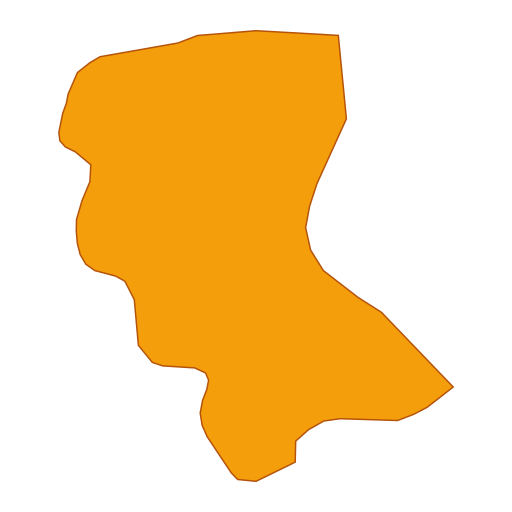 the Province of Hưng Yên
{"feature_id": "VNM-461", "entity_name": "Hưng Yên", "entity_type": "Province", "adm_level": 1, "iso_a3": "VNM", "parent_name": "Vietnam", "parent_adm1": "", "projection": "orthographic", "projection_center": [106.031, 20.808], "detail": "fine", "context": "isolated", "style": "filled", "palette": "amber", "viewbox_px": 512, "rotation_deg": 0, "n_neighbors": 0, "source": "natural_earth", "source_scale": "10m", "svg_char_len": 814}
<svg xmlns="http://www.w3.org/2000/svg" viewBox="0 0 512 512"><path d="M453.2,387.0L427.1,407.3L414.1,414.1L397.7,420.5L340.1,418.7L323.8,421.0L308.6,429.6L295.7,441.1L295.2,462.1L256.1,481.3L237.7,479.5L231.3,472.9L207.1,436.6L202.1,425.2L200.2,413.0L202.6,400.3L206.8,389.4L208.6,380.2L205.6,373.0L194.7,367.9L180.5,367.0L162.7,365.9L152.3,362.4L138.4,345.4L134.3,299.7L124.9,281.2L115.6,276.1L94.9,270.6L85.9,264.3L80.2,254.6L77.3,243.2L76.3,231.1L76.5,219.6L82.0,200.7L89.9,181.7L90.8,164.8L75.4,151.9L65.3,146.9L59.9,140.8L58.8,132.6L62.7,113.4L66.4,103.2L68.1,94.1L77.5,72.5L90.0,62.6L100.1,56.7L177.9,43.0L197.5,35.5L256.0,30.7L338.3,35.4L346.4,118.8L316.9,183.8L309.6,206.2L305.6,227.6L310.6,250.1L323.4,270.6L357.7,297.2L381.4,312.3L453.2,387.0Z" fill="#f59e0b" stroke="#b45309" stroke-width="1.5"/></svg>